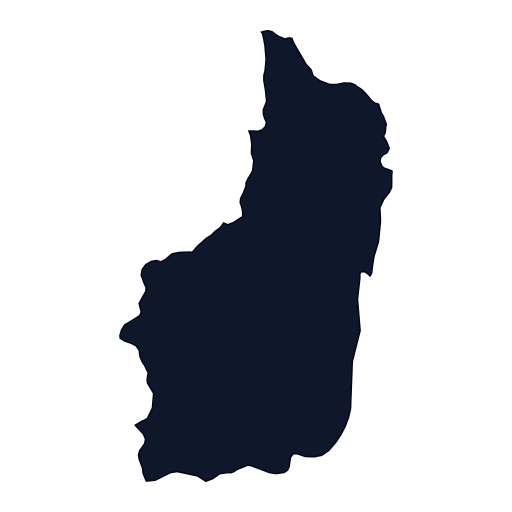 the Province of Southern
{"feature_id": "RWA-3491", "entity_name": "Southern", "entity_type": "Province", "adm_level": 1, "iso_a3": "RWA", "parent_name": "Rwanda", "parent_adm1": "", "projection": "robinson", "projection_center": [29.673, -2.278], "detail": "fine", "context": "isolated", "style": "filled", "palette": "ink", "viewbox_px": 512, "rotation_deg": 0, "n_neighbors": 0, "source": "natural_earth", "source_scale": "10m", "svg_char_len": 2739}
<svg xmlns="http://www.w3.org/2000/svg" viewBox="0 0 512 512"><path d="M370.0,276.0L367.5,273.6L364.6,271.7L360.9,271.9L359.8,274.2L359.9,278.0L357.5,299.0L360.1,330.6L352.3,361.6L350.7,403.7L350.6,408.3L348.6,417.3L345.2,426.3L340.8,434.8L335.9,442.2L328.5,450.7L321.7,455.3L314.4,456.8L305.3,456.5L297.3,453.8L293.1,453.8L290.4,457.6L289.2,466.3L287.6,470.1L284.1,472.5L276.0,473.6L269.2,472.5L254.1,466.8L250.2,465.4L247.6,465.2L236.8,469.6L234.1,471.5L231.2,472.7L227.5,472.6L219.6,473.8L212.8,478.6L205.9,481.3L197.5,475.9L184.3,473.1L177.3,471.6L170.8,472.5L155.2,480.2L146.3,481.1L143.1,473.3L142.6,468.2L139.3,459.6L138.5,454.9L139.7,450.6L144.7,443.6L145.5,439.0L143.3,433.9L135.4,425.5L135.3,425.1L142.2,421.0L144.0,420.4L147.3,418.5L152.4,408.1L153.6,393.3L149.4,386.3L147.6,383.2L147.1,380.3L147.5,376.5L148.2,372.5L146.7,369.9L144.9,365.9L142.2,361.8L140.0,356.7L139.2,350.4L136.2,345.9L131.3,343.3L124.6,341.0L120.2,338.3L119.9,335.5L121.5,330.1L124.7,324.9L132.3,320.3L139.8,315.6L141.2,311.9L140.1,307.3L139.1,303.4L142.1,297.9L145.8,291.4L146.1,287.6L143.6,281.9L141.2,275.1L142.2,269.5L145.8,264.6L151.3,261.4L156.7,260.5L160.8,261.9L165.4,259.5L172.1,253.8L179.5,252.4L185.7,252.2L190.0,252.0L192.2,252.4L197.5,246.2L206.5,238.2L211.4,235.1L215.3,231.2L219.9,227.9L222.0,225.4L223.5,223.0L225.5,223.8L227.8,224.8L230.4,223.6L233.4,222.6L235.9,221.0L239.8,218.4L242.7,216.6L242.6,211.0L241.2,205.3L240.2,202.7L240.6,198.6L243.9,191.7L246.0,186.0L246.0,182.9L247.3,180.3L248.2,178.3L250.0,175.4L252.5,171.1L253.1,167.3L253.4,163.7L253.8,160.3L252.7,157.5L251.4,152.9L251.8,144.2L250.5,135.2L248.9,131.0L252.6,131.0L258.0,131.3L262.2,129.8L265.5,126.4L266.4,122.1L264.8,118.8L263.4,114.2L263.3,109.6L264.7,106.4L266.6,101.2L265.5,90.3L263.8,80.2L263.9,75.2L265.1,70.4L266.1,59.0L264.9,45.2L263.5,37.8L262.5,33.6L261.5,32.1L263.7,31.4L267.8,30.7L271.9,31.6L277.8,36.0L284.6,38.9L289.2,37.9L292.0,38.4L293.3,42.2L297.0,48.8L301.8,56.9L306.1,64.4L311.2,69.9L313.0,75.8L319.8,80.7L329.8,84.5L336.7,84.5L343.9,83.0L350.3,83.1L354.7,84.6L357.1,86.7L360.0,88.4L362.7,90.4L365.0,92.9L368.0,96.2L371.4,100.5L375.0,103.2L377.8,103.8L378.8,104.5L378.6,105.1L379.3,106.4L380.4,109.9L381.4,113.1L382.2,114.4L383.2,116.0L384.3,118.6L385.4,121.7L386.4,124.6L385.8,126.4L385.7,127.2L385.6,128.8L385.4,131.4L384.7,134.0L383.4,136.1L386.9,142.2L389.2,148.5L387.6,151.7L386.3,153.3L383.4,154.6L380.7,157.6L380.0,161.6L382.2,166.6L385.3,168.8L386.9,169.0L389.0,169.8L391.3,170.6L392.1,171.4L391.7,175.3L391.7,182.8L391.6,187.5L389.2,192.5L383.8,199.2L379.9,207.7L380.5,221.3L378.5,241.5L374.2,255.7L374.0,256.4L373.9,257.2L372.6,264.9L371.7,272.7L371.3,273.7L370.8,274.9L370.0,276.0Z" fill="#0f172a" stroke="#020617" stroke-width="1.5"/></svg>